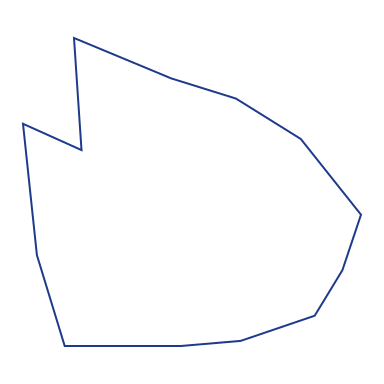 Oikos, Nicosia, Cyprus (Equal Earth projection)
{"feature_id": "46923920B70040156355420", "entity_name": "Oikos", "entity_type": "district", "adm_level": 2, "iso_a3": "CYP", "parent_name": "Cyprus", "parent_adm1": "Nicosia", "projection": "equal_earth", "projection_center": [32.84, 35.004], "detail": "fine", "context": "isolated", "style": "outline", "palette": "blue", "viewbox_px": 384, "rotation_deg": 0, "n_neighbors": 0, "source": "geoboundaries", "source_scale": "gbopen_adm2", "svg_char_len": 299}
<svg xmlns="http://www.w3.org/2000/svg" viewBox="0 0 384 384"><path d="M300.8,139.0L236.0,98.6L171.2,78.4L74.0,38.0L81.5,150.1L23.0,123.8L36.9,255.1L64.7,346.0L124.9,346.0L180.4,346.0L240.6,340.9L314.7,315.7L342.4,270.2L361.0,214.7L300.8,139.0Z" fill="none" stroke="#1e3a8a" stroke-width="2"/></svg>